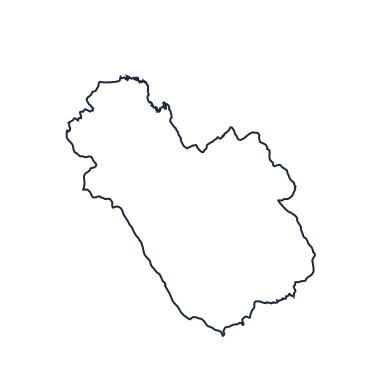 Soppeng, Sulawesi Selatan, Indonesia, rotated 330°
{"feature_id": "22746128B93867843889604", "entity_name": "Soppeng", "entity_type": "district", "adm_level": 2, "iso_a3": "IDN", "parent_name": "Indonesia", "parent_adm1": "Sulawesi Selatan", "projection": "equal_earth", "projection_center": [119.925, -4.319], "detail": "fine", "context": "isolated", "style": "outline", "palette": "slate", "viewbox_px": 384, "rotation_deg": 330, "n_neighbors": 0, "source": "geoboundaries", "source_scale": "gbopen_adm2", "svg_char_len": 6029}
<svg xmlns="http://www.w3.org/2000/svg" viewBox="0 0 384 384"><g transform="rotate(330 192 192)"><path d="M146.8,332.0L147.7,332.0L148.8,331.3L149.2,330.6L149.4,329.1L149.8,328.0L152.7,326.1L154.0,326.1L156.7,327.2L161.1,327.5L165.3,329.2L168.2,329.2L169.1,329.9L169.4,332.4L170.0,332.7L170.6,332.0L171.6,327.7L172.0,327.3L175.2,326.7L176.4,326.8L177.0,327.3L178.5,329.4L179.4,329.7L181.3,327.4L185.3,324.2L187.5,323.6L188.5,322.6L190.6,319.3L191.2,318.8L192.1,318.6L193.2,318.9L196.5,321.1L197.6,322.8L200.2,325.1L200.5,325.3L201.4,324.8L201.6,324.9L205.0,328.1L206.2,327.8L206.8,328.6L207.7,328.4L208.3,329.3L209.9,330.2L211.1,330.0L211.6,328.5L212.5,329.7L216.1,330.2L216.9,329.4L217.4,329.7L217.7,330.3L218.3,330.2L218.7,330.8L220.2,331.2L220.6,330.8L221.2,329.4L222.0,329.8L223.8,329.9L225.2,328.9L225.6,329.0L225.8,329.4L226.1,331.4L226.6,331.9L227.7,332.3L227.8,333.4L229.9,330.6L231.9,329.8L232.3,328.7L232.5,325.6L232.8,324.8L233.1,324.4L234.8,324.1L236.2,321.9L237.1,322.0L239.1,323.3L242.2,324.0L245.8,325.5L248.4,323.9L254.4,323.4L257.1,322.0L257.9,321.0L259.1,318.8L262.1,311.2L265.0,309.2L266.8,308.5L267.4,306.8L266.9,304.3L267.5,303.0L268.0,300.0L267.0,295.7L267.6,289.6L266.6,287.6L266.3,285.7L266.8,284.1L267.7,278.5L268.6,277.3L268.9,276.0L268.7,270.0L268.9,269.0L269.9,267.5L269.9,265.5L269.3,263.4L266.9,258.7L265.7,257.3L264.5,254.1L262.6,245.6L262.5,242.6L263.7,243.0L265.0,244.0L267.0,244.4L268.5,244.2L271.5,246.0L274.8,245.9L277.2,245.2L281.9,241.8L282.8,241.1L282.8,240.1L284.3,239.2L284.2,237.0L285.0,235.1L283.4,230.7L283.6,227.8L284.0,226.0L284.1,223.6L284.9,221.2L284.8,219.9L283.9,218.9L283.6,217.3L282.6,216.0L282.2,213.6L281.6,212.4L280.6,211.9L276.2,210.8L275.7,209.7L275.8,209.1L276.5,207.9L276.6,206.8L275.7,203.7L275.7,202.8L276.5,200.5L279.4,195.9L279.8,194.5L279.7,193.9L278.5,192.1L279.4,191.4L279.5,188.0L278.4,186.1L275.9,182.8L277.0,178.7L278.7,176.5L278.5,173.7L274.0,170.5L270.2,170.4L263.9,171.5L260.2,171.3L259.6,170.9L258.6,169.7L258.2,168.5L258.7,166.4L258.2,163.8L259.1,159.9L258.9,156.9L258.5,155.7L258.1,155.4L256.9,155.6L255.4,156.7L253.3,157.3L250.4,157.9L249.5,157.6L247.9,159.0L247.0,159.3L246.6,158.7L246.2,158.8L245.8,159.4L244.2,160.0L243.1,159.9L241.9,157.6L241.5,157.4L239.7,158.1L237.7,158.1L236.0,158.7L233.0,158.5L228.6,158.8L228.0,159.2L227.3,160.3L226.4,161.2L225.3,161.8L224.2,161.8L221.7,163.1L220.4,162.2L219.2,159.0L219.2,157.3L218.7,156.3L219.2,154.3L218.9,153.4L216.0,152.2L209.6,151.7L208.1,149.0L207.8,147.3L208.0,143.2L208.3,140.9L208.9,140.6L209.3,139.8L209.2,137.0L208.8,136.4L209.7,133.8L209.6,130.1L209.4,129.6L209.8,128.9L208.8,125.2L208.7,121.8L208.4,120.0L210.1,117.7L211.6,117.3L212.0,116.9L213.7,111.4L213.7,109.5L213.4,108.7L214.6,107.5L214.9,105.4L214.6,104.0L213.1,102.2L212.9,101.3L212.0,101.1L212.7,100.9L212.7,100.5L212.4,100.4L211.5,100.5L211.6,102.0L212.1,102.2L212.0,102.7L211.6,103.1L212.0,103.4L212.7,103.0L212.6,104.2L212.0,105.0L211.7,106.2L211.1,106.8L210.1,106.4L210.3,105.0L209.9,103.3L207.7,103.8L206.2,103.5L205.3,105.3L204.9,105.1L205.2,104.8L205.0,104.3L204.6,104.4L204.3,105.8L204.0,106.0L203.5,104.9L202.9,105.4L202.4,105.2L202.9,104.9L202.9,104.3L203.3,104.2L202.9,103.8L202.7,104.1L202.2,104.2L201.9,103.2L202.6,102.1L202.8,102.3L203.5,102.0L203.4,100.7L203.1,100.5L202.7,100.9L202.0,100.8L201.2,99.8L201.0,99.2L201.5,98.4L201.5,97.6L200.4,97.4L200.1,96.9L200.9,96.6L201.5,95.6L201.5,95.1L201.2,94.6L201.2,93.6L200.3,93.6L199.7,92.2L200.2,89.1L200.9,87.5L201.5,86.8L202.6,86.6L202.7,86.1L203.2,85.9L204.2,82.2L204.9,81.5L205.3,81.5L205.5,80.4L206.2,79.6L206.8,78.2L207.1,76.9L206.6,76.4L207.1,73.8L206.9,73.6L206.5,73.9L206.0,73.5L206.2,72.5L206.0,72.0L205.1,71.8L205.2,70.9L204.8,71.2L204.0,71.1L203.8,71.8L203.3,71.8L203.2,71.1L202.6,71.0L202.5,70.1L201.4,70.5L201.5,69.5L201.0,68.6L202.1,67.1L201.9,66.6L202.1,66.4L202.1,65.9L201.8,65.8L201.4,66.2L201.3,65.4L200.3,65.0L200.1,65.4L200.4,67.1L200.1,67.3L198.9,65.9L198.8,65.2L198.5,65.2L198.5,63.8L197.2,63.9L196.0,63.4L195.9,62.7L195.1,62.0L195.2,61.4L194.9,60.6L194.4,60.6L193.6,59.2L193.4,60.3L193.8,61.5L193.4,61.6L192.8,62.6L191.9,62.7L191.8,61.4L191.1,61.0L191.5,60.3L191.2,59.4L190.7,59.0L188.4,58.6L188.1,58.2L187.7,56.6L185.1,59.4L181.9,58.8L174.7,55.5L170.7,53.1L167.1,50.6L165.7,51.1L163.9,53.5L159.0,56.3L156.0,55.5L153.7,57.0L151.3,57.8L148.6,58.0L147.1,59.1L146.7,60.5L146.6,63.7L146.7,64.9L147.5,66.3L147.5,68.0L148.2,70.2L147.9,70.7L146.5,71.9L145.7,71.1L144.0,71.4L141.0,66.9L139.8,67.5L138.7,67.4L137.8,68.0L135.4,66.7L134.6,67.4L133.6,71.5L132.8,72.6L131.4,71.5L130.9,71.5L129.0,72.9L128.0,70.4L127.0,69.4L126.2,69.5L124.9,70.3L119.6,70.3L119.5,71.7L118.5,73.9L118.5,75.5L117.6,76.9L116.7,77.7L115.8,77.9L115.1,77.7L115.0,76.5L114.5,76.4L113.4,77.6L110.8,82.0L110.8,84.5L111.8,88.7L112.2,91.5L110.5,96.6L110.3,99.1L111.6,101.0L112.1,103.1L113.2,105.4L114.7,106.0L117.2,108.7L120.3,109.6L122.3,111.0L122.5,112.0L122.2,116.0L123.0,120.0L122.1,121.3L121.3,121.6L119.5,121.8L116.2,120.8L113.8,122.3L108.9,122.7L107.5,123.3L105.8,125.0L104.1,129.3L102.2,132.4L99.0,135.5L100.1,136.3L101.6,136.8L103.0,138.6L103.7,141.1L103.3,146.0L103.6,147.0L104.1,147.6L106.5,148.7L108.3,148.8L109.7,149.6L110.1,150.1L110.3,151.2L111.8,152.3L113.2,154.6L114.2,155.3L115.3,155.4L117.3,157.0L117.6,157.8L117.8,161.0L115.9,164.3L115.7,165.4L115.8,166.1L118.7,166.5L119.7,167.0L121.1,168.3L122.2,170.2L122.4,173.2L121.6,176.5L121.5,178.0L121.9,185.1L121.6,189.2L122.3,191.9L121.8,197.1L121.7,200.4L122.0,202.9L122.5,204.7L122.4,208.1L122.8,209.1L122.8,210.6L121.8,214.9L119.8,221.3L119.7,223.9L121.1,230.5L120.2,233.7L119.9,235.8L120.6,238.8L121.3,243.9L122.7,246.7L122.8,247.5L122.2,254.7L122.7,255.9L123.0,257.6L122.6,259.2L121.8,259.4L121.8,269.2L120.8,276.2L121.0,279.0L122.3,284.5L122.3,290.9L123.2,294.5L124.3,297.2L125.7,300.0L126.9,301.4L128.3,300.9L130.5,300.9L133.1,302.7L134.2,304.4L136.2,306.0L136.9,307.1L137.9,309.8L138.3,315.4L141.7,319.8L143.1,323.1L146.1,325.8L147.0,327.3L147.2,327.9L146.8,332.0Z" fill="none" stroke="#1e293b" stroke-width="2"/></g></svg>